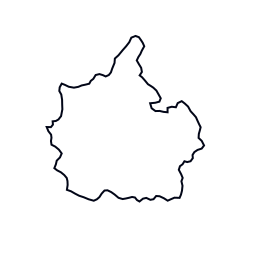 São Francisco do Glória, Minas Gerais, Brazil, rotated 30°
{"feature_id": "56859067B91549743589914", "entity_name": "São Francisco do Glória", "entity_type": "district", "adm_level": 2, "iso_a3": "BRA", "parent_name": "Brazil", "parent_adm1": "Minas Gerais", "projection": "mercator", "projection_center": [-42.282, -20.783], "detail": "fine", "context": "isolated", "style": "outline", "palette": "ink", "viewbox_px": 256, "rotation_deg": 30, "n_neighbors": 0, "source": "geoboundaries", "source_scale": "gbopen_adm2", "svg_char_len": 1885}
<svg xmlns="http://www.w3.org/2000/svg" viewBox="0 0 256 256"><g transform="rotate(30 128 128)"><path d="M161.1,77.9L158.6,81.6L159.1,86.1L155.3,87.7L152.2,90.8L154.4,94.6L150.6,96.3L146.9,97.4L143.3,99.6L138.6,99.1L134.8,95.5L139.0,92.5L142.0,89.5L141.5,85.9L137.8,83.7L133.9,81.4L129.7,80.4L126.7,80.2L123.4,80.1L118.9,78.4L114.8,77.0L111.8,76.6L112.0,72.5L109.3,69.3L105.6,67.3L101.8,65.1L101.5,61.3L101.7,57.8L101.3,54.1L101.2,49.1L98.2,46.9L95.3,45.4L92.0,43.9L88.4,44.6L85.7,48.1L86.2,53.1L85.5,58.2L84.5,63.1L83.4,69.8L81.9,74.4L83.8,78.4L84.6,84.4L85.4,88.4L84.9,91.7L82.9,94.5L79.7,94.8L76.3,95.6L73.5,98.3L73.4,102.8L72.2,105.8L72.3,109.0L69.4,111.8L66.6,114.3L64.4,117.2L61.0,120.1L56.1,121.9L51.7,122.2L48.4,122.7L48.5,126.9L50.0,130.3L53.5,132.4L56.8,136.5L59.4,140.8L61.8,144.6L64.1,151.2L63.5,155.4L62.0,158.0L59.4,159.9L61.3,162.6L60.8,165.8L57.1,167.8L60.7,170.6L64.7,172.2L66.6,174.7L67.8,177.8L70.1,180.7L74.3,180.5L79.0,181.3L83.3,183.2L83.8,187.5L82.6,191.9L83.7,195.5L84.3,199.6L87.7,200.1L92.0,199.9L96.3,200.6L99.9,201.9L102.1,204.2L104.2,207.5L106.0,212.1L110.3,211.3L115.1,211.3L119.5,211.1L124.3,210.1L129.6,209.4L134.7,208.1L136.7,205.3L137.8,202.1L138.0,198.0L138.9,193.9L141.4,192.2L145.5,191.9L149.7,192.3L154.7,193.2L158.9,192.2L161.3,190.2L163.8,187.9L166.0,185.7L168.8,184.7L171.8,185.9L174.7,185.9L176.3,181.7L178.8,179.4L183.3,179.0L185.7,176.9L186.4,172.8L189.5,171.3L194.2,170.9L198.7,171.1L201.0,167.9L203.1,165.1L207.6,162.7L207.2,159.2L206.1,155.3L204.1,150.8L200.9,147.4L200.3,143.9L197.2,141.5L192.9,138.8L192.1,135.1L193.4,132.1L193.5,128.6L196.3,127.9L198.8,125.5L199.2,121.7L197.4,119.1L197.5,115.7L199.2,112.2L202.1,109.0L202.6,105.1L198.3,102.3L194.1,101.3L192.3,97.7L191.4,94.1L190.5,91.0L187.6,89.1L184.2,86.7L181.5,84.7L178.1,83.5L173.9,82.2L169.3,79.4L164.9,78.4L161.1,77.9Z" fill="none" stroke="#020617" stroke-width="2"/></g></svg>